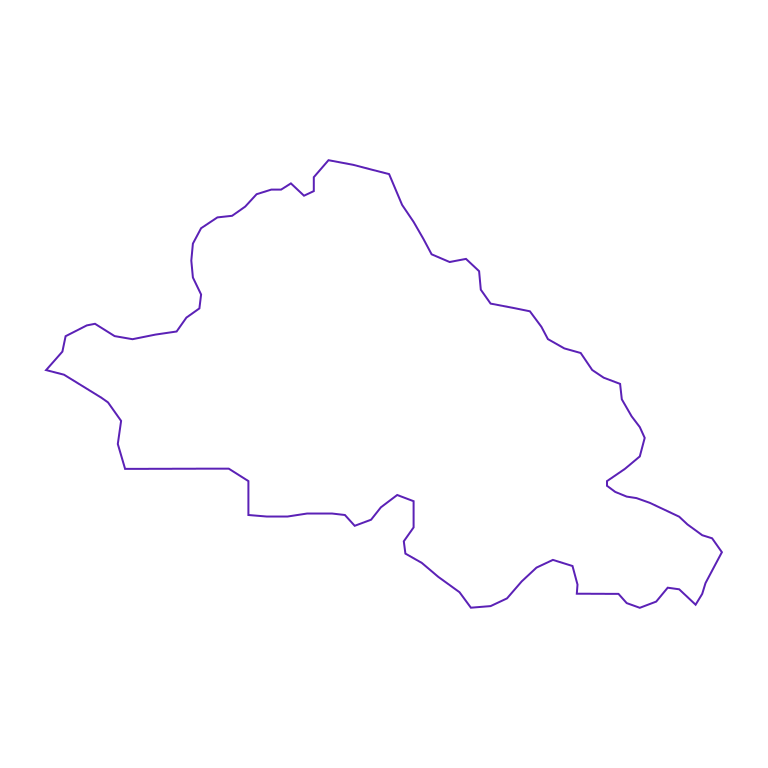 Yecheon-gun, North Gyeongsang, South Korea (Equal Earth projection), rotated 270°
{"feature_id": "91817680B75354784424725", "entity_name": "Yecheon-gun", "entity_type": "district", "adm_level": 2, "iso_a3": "KOR", "parent_name": "South Korea", "parent_adm1": "North Gyeongsang", "projection": "equal_earth", "projection_center": [128.413, 36.651], "detail": "fine", "context": "isolated", "style": "outline", "palette": "violet", "viewbox_px": 768, "rotation_deg": 270, "n_neighbors": 0, "source": "geoboundaries", "source_scale": "gbopen_adm2", "svg_char_len": 1540}
<svg xmlns="http://www.w3.org/2000/svg" viewBox="0 0 768 768"><g transform="rotate(270 384 384)"><path d="M299.1,125.1L299.3,196.2L299.3,207.6L299.3,215.8L299.3,228.8L286.9,248.4L271.5,248.4L253.0,248.4L251.5,266.4L251.5,287.7L254.5,307.3L254.5,331.8L253.0,344.9L242.2,354.7L248.3,371.1L260.7,380.9L273.0,397.2L266.8,413.6L240.6,413.6L226.7,403.8L214.4,405.4L205.1,421.8L191.2,438.2L175.8,459.5L160.3,470.9L161.9,490.6L169.6,507.0L186.6,521.7L200.4,536.5L208.1,552.9L202.0,572.5L183.4,577.5L174.3,576.8L174.1,618.5L164.9,626.7L160.2,639.8L166.4,656.2L180.3,667.7L178.7,679.2L163.3,695.6L174.1,702.2L184.9,705.5L203.4,715.3L215.8,721.9L229.7,712.1L232.8,702.2L243.6,687.4L251.3,679.2L265.2,649.7L269.9,636.5L271.4,626.7L276.1,615.2L282.2,607.0L286.9,607.0L299.2,625.0L311.6,639.8L330.1,644.7L340.9,639.8L351.7,631.6L368.7,621.8L384.1,620.1L390.3,603.7L398.0,592.2L415.0,580.7L419.6,564.3L428.9,547.9L441.2,541.4L456.7,529.9L459.7,515.2L464.4,490.6L478.3,480.8L496.8,479.1L509.1,466.0L506.0,449.6L513.7,431.6L529.1,423.4L546.1,413.6L563.1,402.1L593.9,389.1L598.5,371.1L603.2,353.1L607.8,328.5L590.8,313.8L584.6,313.8L576.9,313.8L572.3,304.0L584.6,290.9L578.4,281.1L578.4,271.3L573.8,256.6L561.4,245.2L552.2,232.1L550.6,217.4L539.8,201.1L524.4,192.9L507.4,191.3L490.5,192.9L473.5,201.1L459.6,199.4L450.4,186.4L436.5,176.6L433.4,155.4L428.8,132.5L431.9,114.6L444.2,95.0L442.6,86.8L431.8,65.6L416.4,62.4L397.9,46.1L393.3,64.0L370.2,101.5L365.6,108.0L347.1,121.1L324.0,117.8L299.1,125.1Z" fill="none" stroke="#5b21b6" stroke-width="2"/></g></svg>